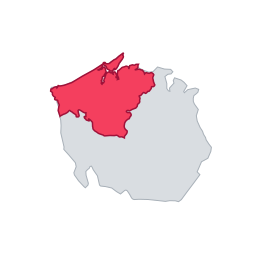 Southern on a map of Sierra Leone (Robinson projection), rotated 127°
{"feature_id": "SLE-760", "entity_name": "Southern", "entity_type": "Province", "adm_level": 1, "iso_a3": "SLE", "parent_name": "Sierra Leone", "parent_adm1": "", "projection": "robinson", "projection_center": [-12.13, 7.714], "detail": "fine", "context": "in_parent", "style": "filled", "palette": "rose", "viewbox_px": 256, "rotation_deg": 127, "n_neighbors": 0, "source": "natural_earth", "source_scale": "10m", "svg_char_len": 7212}
<svg xmlns="http://www.w3.org/2000/svg" viewBox="0 0 256 256"><g transform="rotate(127 128 128)"><path d="M201.4,126.1L201.3,127.9L199.9,135.8L197.7,142.6L196.3,144.3L190.1,146.1L187.4,149.1L185.2,158.8L183.7,166.4L181.6,167.7L172.4,178.7L166.5,182.8L162.3,186.4L158.4,191.1L153.4,195.6L148.1,203.3L144.3,211.2L141.7,213.7L139.8,211.5L130.7,203.6L121.1,198.3L100.7,189.6L93.9,187.1L94.2,184.0L96.5,178.3L92.7,171.6L94.2,166.7L92.7,166.7L89.8,169.7L83.6,168.8L79.5,164.6L76.1,163.1L74.6,161.0L72.5,150.0L70.9,145.0L67.8,141.9L61.5,141.1L59.0,134.4L55.5,129.2L56.1,126.0L58.9,126.2L61.1,128.5L64.7,129.5L69.1,123.8L73.1,120.8L74.0,118.1L73.5,116.6L71.1,118.9L64.5,118.3L62.9,120.4L59.9,121.0L57.7,114.4L57.8,110.6L58.7,106.3L65.4,105.5L65.9,104.2L61.3,103.3L55.6,98.3L54.6,94.8L57.4,93.7L60.1,94.2L62.5,94.9L65.1,93.7L67.5,91.8L68.9,89.4L70.9,83.0L77.1,80.8L80.8,76.9L84.2,70.7L85.8,66.4L87.3,64.3L88.2,62.4L88.9,60.4L90.4,58.5L92.1,53.9L93.2,49.8L96.8,47.8L104.1,46.0L110.7,49.0L121.4,46.4L122.0,42.5L131.8,42.4L143.4,42.4L153.1,42.3L156.4,43.3L157.6,46.3L160.8,50.8L164.1,54.0L168.2,60.9L173.0,68.9L178.2,76.2L181.5,80.1L181.9,81.5L181.7,83.1L180.0,86.8L178.6,90.8L178.8,92.3L179.8,93.0L185.2,94.3L185.7,98.8L185.7,104.9L188.3,110.7L190.8,114.9L190.7,116.4L184.6,123.6L182.2,130.8L181.0,132.8L180.5,134.4L181.7,135.2L183.4,134.7L185.8,135.3L188.1,135.5L191.0,133.0L196.0,126.4L197.7,125.6L201.4,126.1ZM91.9,184.3L91.2,185.8L88.0,182.2L71.2,176.8L75.9,174.0L87.6,173.2L91.1,174.8L92.6,176.2L93.2,178.8L91.9,184.3Z" fill="#d9dde1" stroke="#a8b0b8" stroke-width="1"/><path d="M159.5,189.4L156.3,194.0L155.9,194.4L151.8,196.5L151.0,196.7L149.3,199.7L148.4,200.6L148.3,200.8L148.4,201.4L149.1,202.7L149.3,203.4L149.2,203.8L148.9,204.1L148.5,204.3L147.5,204.4L147.3,204.8L147.5,205.9L147.4,206.7L147.1,207.8L146.6,208.7L145.3,209.6L145.1,210.5L145.2,211.9L144.8,212.2L143.2,213.0L142.4,212.2L140.4,211.7L139.4,211.1L138.5,210.4L137.8,209.7L138.2,209.6L138.4,209.5L138.6,209.3L138.8,208.9L137.4,208.9L136.8,209.0L136.4,209.3L136.1,209.3L135.7,208.1L135.0,207.2L132.4,204.8L125.5,200.2L114.0,195.6L102.3,190.3L92.9,186.9L94.4,185.5L96.2,185.4L98.0,186.1L99.6,186.9L99.5,186.4L99.3,186.0L98.9,185.8L98.4,185.8L98.1,185.6L97.7,185.0L97.3,184.6L96.3,184.2L95.8,184.2L95.0,184.7L94.5,184.4L94.1,184.0L93.7,183.8L93.6,183.4L94.0,182.3L94.6,181.3L95.6,180.4L96.1,179.5L96.7,178.9L97.6,179.2L98.1,179.0L98.7,178.9L99.9,178.9L100.2,178.8L100.8,178.6L101.1,178.5L101.5,178.6L102.0,179.1L102.3,179.2L103.2,178.9L104.1,178.4L105.0,177.9L106.3,177.8L106.2,177.6L106.1,177.2L106.9,176.7L107.8,176.6L108.5,176.2L108.7,175.1L108.3,175.1L108.0,175.2L107.7,175.2L107.3,175.2L107.0,175.5L106.7,175.0L106.6,174.7L106.1,174.8L105.6,174.9L105.1,174.9L104.9,175.3L104.8,175.7L104.5,176.0L103.6,176.3L103.1,176.6L102.1,176.6L101.6,176.7L100.6,177.3L99.6,177.5L98.5,178.0L97.9,178.1L97.6,178.1L96.6,177.9L96.1,177.8L95.0,177.3L94.6,176.3L94.4,175.1L93.6,174.3L93.6,174.0L93.8,173.7L93.9,173.4L94.0,173.0L93.9,172.4L93.6,172.8L93.2,173.1L92.9,173.1L92.6,172.8L92.3,172.8L92.3,173.6L91.1,172.3L91.7,170.4L93.6,167.5L94.4,167.9L94.6,168.2L94.9,167.8L94.6,167.1L94.6,166.4L94.9,165.8L95.6,165.6L94.6,164.8L93.7,165.7L92.3,168.2L89.8,169.9L88.2,170.6L87.5,169.9L87.2,170.0L84.0,169.3L83.7,169.3L83.4,169.2L82.9,169.0L81.0,167.5L80.2,167.1L79.6,166.6L79.2,165.6L79.0,164.6L79.2,163.9L79.7,163.4L80.5,162.9L79.6,163.1L77.2,164.2L74.9,162.5L74.2,161.1L73.8,160.5L73.0,160.2L72.5,160.0L71.8,159.3L70.8,158.0L71.8,157.8L73.4,156.7L74.3,156.5L75.1,156.6L75.9,156.8L77.5,157.6L76.5,156.5L75.3,155.5L74.3,154.4L73.4,151.7L73.1,151.3L73.2,150.9L73.5,150.2L73.6,149.4L73.9,148.6L74.4,147.9L74.9,147.3L73.3,147.1L72.6,146.4L72.3,145.3L71.5,143.9L70.9,143.5L70.3,143.2L69.7,142.7L69.5,141.8L69.5,141.0L69.6,140.3L69.9,139.6L70.0,139.4L72.5,138.7L73.0,138.4L73.7,137.8L74.5,136.7L75.0,136.2L75.9,135.2L76.4,134.3L76.7,133.9L77.0,133.5L77.2,132.9L77.3,132.7L77.5,132.5L77.8,132.4L78.3,132.3L79.2,132.4L79.6,132.6L79.9,132.8L80.1,133.0L80.3,133.4L80.5,133.7L80.6,133.9L80.9,134.0L81.2,133.9L82.3,133.3L82.7,133.2L85.6,133.2L85.9,133.3L86.1,133.4L86.3,133.5L86.5,133.7L86.6,134.0L86.8,134.2L87.3,134.3L88.2,134.3L89.0,134.4L89.5,134.7L89.7,134.8L89.9,135.0L89.9,135.3L89.9,136.0L90.0,136.3L90.1,136.6L90.2,136.8L90.4,137.0L90.7,137.1L94.4,137.4L94.7,137.5L94.8,137.6L95.0,137.9L95.1,138.1L95.3,138.3L95.5,138.4L96.0,138.1L96.2,137.8L96.4,137.5L96.7,136.7L96.9,136.5L97.0,136.3L97.2,136.2L98.7,135.5L99.2,135.1L99.5,134.9L99.8,134.5L100.2,134.3L100.6,134.2L102.0,134.2L102.4,134.3L102.6,134.4L102.8,134.5L103.1,134.6L103.6,134.5L104.9,133.8L105.3,133.7L105.7,133.7L106.4,133.7L107.4,133.8L107.7,134.0L110.7,135.9L113.1,136.9L113.3,137.1L113.5,137.3L113.7,138.2L113.9,138.4L114.2,138.9L114.3,139.0L114.5,139.2L114.8,139.3L115.1,139.3L115.6,139.4L115.9,139.1L116.0,138.5L116.0,138.2L116.0,137.9L115.8,137.4L115.7,137.2L115.3,136.9L115.1,136.7L114.7,135.7L114.6,135.4L114.6,135.2L114.6,134.9L114.7,134.6L115.6,133.3L115.7,133.2L116.0,133.2L116.3,133.2L116.8,133.0L117.6,132.9L118.2,133.1L118.5,133.1L118.8,133.0L119.3,132.7L119.7,132.6L120.0,132.7L120.9,133.3L122.7,133.8L123.9,133.9L125.2,133.8L126.1,133.6L128.4,132.4L128.8,132.2L129.9,131.0L130.2,130.5L130.4,130.1L130.7,128.8L130.8,127.5L130.8,127.1L130.9,126.9L131.1,126.7L131.4,126.5L132.4,125.9L133.0,125.8L133.5,125.7L136.3,125.8L137.0,125.7L138.1,124.9L138.6,127.2L139.0,128.0L139.4,128.4L140.2,129.3L140.3,129.7L140.4,130.1L140.3,131.0L140.4,131.9L140.5,132.4L140.6,132.7L141.7,133.8L141.9,133.9L142.7,134.9L144.8,137.9L148.1,141.6L148.5,142.2L148.6,142.5L148.6,142.8L148.6,143.0L148.6,143.3L148.6,143.6L148.7,143.9L149.9,147.6L150.1,148.7L150.1,150.8L150.3,152.3L150.3,152.9L150.2,153.6L150.0,154.7L149.8,155.3L149.6,155.5L149.3,155.9L148.9,156.2L148.3,156.9L148.2,157.1L145.0,159.7L144.9,159.9L144.8,160.2L144.3,162.7L144.3,164.1L144.3,164.5L144.4,164.8L144.5,164.8L144.7,164.6L145.4,163.6L145.5,163.4L145.8,163.4L146.6,165.8L146.7,166.2L146.6,166.5L146.5,166.8L146.4,167.0L146.3,168.3L146.1,168.9L145.8,169.3L145.6,169.5L145.4,169.7L145.2,169.7L144.8,169.5L144.6,168.9L144.5,168.7L144.4,168.5L144.2,168.5L142.4,169.9L141.1,170.8L141.2,171.0L141.7,171.2L142.0,171.9L142.3,173.2L142.5,176.2L142.7,177.4L142.9,178.1L143.1,178.2L143.4,178.3L143.6,178.4L143.9,178.4L144.1,178.3L144.3,178.2L144.5,178.0L145.6,176.9L147.2,174.8L147.5,174.5L148.0,174.3L148.3,174.2L148.6,174.2L148.8,174.3L149.0,174.4L149.2,174.6L149.4,174.8L150.1,175.9L150.1,176.1L148.9,177.4L148.8,177.8L148.8,178.4L149.0,180.9L148.9,181.3L148.9,182.4L149.1,183.7L149.0,185.0L149.3,185.4L149.8,185.5L150.4,185.6L151.1,185.6L151.6,185.7L152.9,186.1L154.6,186.9L155.9,187.8L159.4,189.4L159.5,189.4ZM93.6,177.0L93.0,177.4L93.0,178.0L93.3,179.7L93.1,180.6L92.8,181.2L92.4,181.8L91.9,182.7L91.9,183.6L92.3,185.4L92.3,186.1L91.6,186.7L90.8,186.9L90.0,186.6L89.6,185.8L90.6,185.8L89.9,184.4L89.0,183.0L88.1,182.0L87.1,181.6L86.3,181.5L81.9,180.2L80.3,179.2L76.2,178.5L71.2,177.0L71.2,176.6L73.0,176.1L73.2,175.3L73.8,174.6L74.5,174.3L76.4,174.0L81.7,174.0L82.5,173.8L84.4,173.3L87.3,173.0L88.3,173.1L89.3,173.6L88.5,174.5L89.0,174.8L90.9,174.7L91.8,175.0L92.5,175.5L93.0,176.2L93.6,177.0Z" fill="#f43f5e" stroke="#9f1239" stroke-width="1.5"/></g></svg>